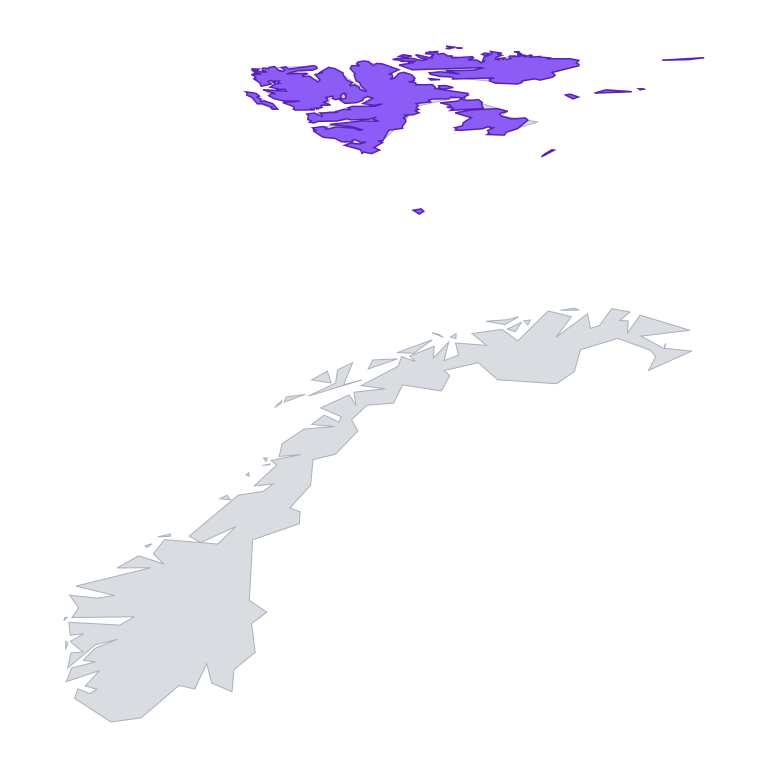 Svalbard on a map of Norway (Robinson projection)
{"feature_id": "NOR-901", "entity_name": "Svalbard", "entity_type": "Territory", "adm_level": 1, "iso_a3": "NOR", "parent_name": "Norway", "parent_adm1": "", "projection": "robinson", "projection_center": [18.37, 77.559], "detail": "fine", "context": "in_parent", "style": "filled", "palette": "violet", "viewbox_px": 768, "rotation_deg": 0, "n_neighbors": 0, "source": "natural_earth", "source_scale": "10m", "svg_char_len": 9406}
<svg xmlns="http://www.w3.org/2000/svg" viewBox="0 0 768 768"><path d="M478.3,362.7L444.4,370.5L449.8,375.8L441.3,391.0L402.6,384.9L393.6,403.1L367.1,405.2L351.5,419.7L357.8,431.1L335.5,454.2L313.0,459.6L310.6,485.2L289.9,508.0L300.1,511.8L299.3,523.7L252.6,539.8L249.3,600.3L266.8,612.2L251.6,623.5L255.2,652.4L234.0,669.5L232.0,691.8L211.7,683.1L206.7,663.7L194.7,689.0L179.0,685.5L141.1,717.9L110.9,721.9L74.6,698.4L77.9,688.9L89.9,693.6L97.0,689.3L85.2,686.0L99.6,670.5L66.2,681.7L71.9,667.8L95.6,661.9L83.4,660.4L94.9,648.3L117.3,639.3L95.5,644.7L67.9,667.9L70.8,653.0L83.1,651.9L70.2,641.5L83.9,633.6L70.3,635.3L68.9,622.3L119.6,625.1L134.5,616.8L71.9,617.5L78.6,607.9L69.7,595.2L96.5,598.2L114.5,595.5L75.9,586.1L150.7,567.7L117.1,568.0L138.7,555.8L163.9,564.0L153.3,553.8L164.6,539.6L217.8,544.1L235.8,526.6L200.6,542.5L189.1,536.2L238.2,495.2L263.0,491.4L273.1,484.0L254.2,485.9L276.8,465.0L271.1,460.5L301.1,454.5L279.2,456.5L282.0,443.9L303.8,429.1L334.6,426.6L311.7,424.4L324.3,415.1L338.9,422.1L341.3,416.7L320.7,407.9L349.2,394.9L356.1,405.6L353.8,392.2L385.2,388.8L361.1,385.6L398.0,366.3L401.6,356.6L415.4,361.5L409.7,356.0L434.2,346.3L433.3,358.1L448.7,342.0L444.1,360.6L458.5,355.1L455.6,343.0L486.5,345.4L472.0,333.5L502.1,329.4L517.8,340.8L548.1,311.0L571.4,316.6L556.1,337.2L587.6,313.8L590.5,328.4L599.5,325.5L611.7,308.6L629.9,312.0L619.6,320.6L628.1,320.9L627.5,333.1L640.1,315.2L690.0,330.3L641.2,336.1L663.2,348.2L691.6,351.1L648.5,370.5L655.7,356.6L650.7,350.4L617.8,338.4L580.4,349.8L574.4,371.4L556.4,383.7L497.7,379.8L478.3,362.7ZM362.3,61.4L393.5,67.8L390.2,78.7L404.7,72.9L410.3,82.0L464.9,95.9L419.9,105.5L369.3,153.2L314.3,128.6L374.4,118.2L316.6,121.6L308.6,114.8L379.9,104.5L365.3,102.2L372.1,97.9L330.0,96.4L328.6,104.5L298.2,109.2L263.6,90.3L284.4,90.2L276.6,81.2L260.9,85.5L251.9,68.9L311.7,66.1L316.1,68.8L288.7,73.9L316.2,80.0L334.1,68.6L363.5,89.6L353.7,70.2L362.3,61.4ZM430.8,52.3L481.4,61.4L494.9,52.4L501.0,53.4L497.4,58.5L522.4,54.9L578.5,64.9L515.6,83.8L439.1,76.0L430.0,73.3L451.9,69.1L411.2,68.8L401.9,64.3L413.7,61.7L395.2,59.4L423.3,60.0L420.0,55.4L431.3,57.6L430.8,52.3ZM469.5,99.7L507.4,111.6L500.9,115.8L537.8,122.0L495.5,134.7L487.7,133.7L492.7,127.4L456.7,129.9L471.1,117.6L441.7,102.8L469.5,99.7ZM343.6,384.7L362.0,379.9L308.4,396.1L335.6,383.0L337.6,369.8L352.6,362.7L343.6,384.7ZM372.7,360.0L397.4,358.9L368.2,369.0L372.7,360.0ZM397.1,352.6L432.4,339.8L413.6,353.3L397.1,352.6ZM247.3,91.6L271.7,104.0L277.2,109.4L257.5,103.2L247.3,91.6ZM327.3,371.1L331.2,383.0L311.6,380.0L327.3,371.1ZM518.6,316.6L505.1,324.6L486.1,321.2L508.0,319.7L518.6,316.6ZM521.3,322.4L515.5,331.7L507.4,329.1L521.3,322.4ZM286.1,397.0L305.2,394.4L284.2,402.1L286.1,397.0ZM702.7,58.2L662.3,60.2L704.0,57.8L702.7,58.2ZM607.6,89.9L631.6,91.5L595.4,92.9L607.6,89.9ZM560.5,310.3L574.5,308.2L579.2,310.1L560.5,310.3ZM530.4,320.0L527.8,325.0L523.8,320.7L530.4,320.0ZM456.1,333.6L455.9,338.7L450.5,336.9L456.1,333.6ZM421.6,209.1L419.8,214.0L413.3,210.1L421.6,209.1ZM578.2,97.0L567.1,96.4L565.9,94.7L578.2,97.0ZM226.9,495.2L230.5,499.7L219.9,498.7L226.9,495.2ZM432.1,332.6L439.2,334.5L443.3,337.4L432.1,332.6ZM402.6,54.8L407.2,57.2L400.1,56.3L402.6,54.8ZM170.0,536.3L157.8,536.8L170.7,534.1L170.0,536.3ZM152.0,543.8L147.1,547.6L145.2,545.7L152.0,543.8ZM281.1,403.3L274.5,407.5L281.8,400.5L281.1,403.3ZM67.8,643.3L65.8,649.5L65.7,641.4L67.8,643.3ZM266.1,461.4L263.5,457.9L267.3,458.1L266.1,461.4ZM665.9,343.2L664.7,347.5L664.2,346.7L665.9,343.2ZM269.3,464.7L262.4,465.5L270.8,463.9L269.3,464.7ZM248.7,472.7L249.2,476.1L246.0,475.0L248.7,472.7ZM67.1,617.1L63.8,620.9L64.8,617.8L67.1,617.1Z" fill="#d9dde1" stroke="#a8b0b8" stroke-width="1"/><path d="M448.7,98.8L432.2,99.0L428.6,100.1L430.6,101.9L416.1,103.5L418.2,105.5L416.0,108.0L418.7,109.4L415.3,110.8L419.0,112.8L413.1,114.8L404.9,115.0L406.8,116.1L403.3,118.0L405.5,119.3L405.9,121.5L402.3,126.6L402.7,128.3L388.8,130.2L382.8,140.8L377.8,140.6L382.5,142.6L374.0,147.5L379.6,150.1L371.6,153.6L363.7,152.1L361.9,153.4L360.7,149.8L344.6,145.3L350.4,143.3L360.0,143.9L366.0,142.1L360.4,142.3L355.7,139.8L352.2,140.2L352.7,141.7L341.5,141.8L335.3,138.5L323.2,137.3L313.7,131.2L313.5,130.1L315.4,130.1L312.6,127.9L323.5,126.5L326.7,127.9L325.6,129.0L329.0,128.9L335.9,127.0L352.5,128.0L360.0,130.4L361.8,129.7L352.4,126.7L329.8,124.4L362.5,120.9L378.7,121.3L371.9,118.8L376.4,117.2L369.7,119.1L351.3,119.9L346.7,118.7L337.1,121.1L318.4,121.3L313.8,123.0L309.4,122.2L311.2,120.8L307.7,119.5L308.4,115.7L306.8,114.0L314.4,113.0L321.8,116.5L322.2,115.0L320.0,113.0L336.3,112.4L335.5,111.9L344.2,109.2L349.8,109.8L350.5,109.3L347.8,107.9L352.0,106.4L375.1,106.2L382.4,104.0L373.4,105.3L362.9,103.5L373.0,98.3L367.6,96.4L363.7,98.2L362.7,100.5L356.3,102.7L344.9,103.4L340.0,99.9L345.6,98.2L346.3,96.3L344.9,94.6L346.1,94.1L344.1,92.9L340.3,95.9L341.5,97.9L335.8,99.7L332.2,98.4L333.2,97.3L332.6,96.1L325.0,97.5L327.0,98.1L327.8,100.8L323.6,102.2L330.5,105.1L321.4,105.2L320.6,105.9L322.1,107.3L317.0,109.1L317.5,107.9L314.8,108.0L314.3,109.5L310.3,108.4L312.5,109.9L295.3,110.1L293.3,109.0L294.2,107.7L293.0,106.3L282.7,102.6L299.7,101.1L284.2,101.1L273.7,98.6L268.7,95.7L271.7,93.6L274.8,93.7L274.1,93.1L263.0,89.7L286.4,91.3L284.9,89.1L277.7,89.7L276.0,89.3L278.6,89.0L270.2,87.1L275.9,83.7L279.6,83.3L278.1,82.6L279.4,81.0L273.8,81.1L275.3,82.6L274.0,83.0L270.9,80.4L269.0,80.8L268.1,81.5L271.3,84.0L261.2,86.3L259.8,82.7L254.1,79.1L255.6,78.8L254.5,78.1L255.5,76.5L251.3,74.6L261.4,74.0L255.0,73.1L258.2,71.7L267.0,72.2L262.3,70.2L262.8,68.1L268.6,68.6L268.7,67.5L274.7,66.6L278.8,70.6L283.7,71.3L284.9,69.9L281.4,67.5L285.9,66.8L288.6,69.2L313.8,65.6L316.7,66.8L317.1,68.4L312.4,70.2L298.0,70.6L286.6,73.9L306.5,73.3L307.3,73.9L302.7,75.1L302.5,76.4L309.6,76.2L317.7,81.9L320.2,79.9L315.0,74.6L323.0,72.6L320.3,72.2L328.5,67.4L334.6,68.5L343.1,73.0L343.0,74.8L346.9,80.2L352.3,82.6L349.9,85.0L350.4,86.0L354.4,84.7L359.1,87.2L359.7,89.2L365.3,91.3L366.4,90.8L360.6,85.3L359.8,82.8L356.1,80.8L354.1,74.9L355.4,74.0L350.2,68.6L351.7,65.7L360.0,65.9L356.5,63.9L357.8,62.1L363.3,61.0L368.4,61.5L373.5,65.7L376.4,63.4L382.4,63.9L398.8,69.7L388.7,74.4L391.8,74.4L392.5,75.9L392.3,77.7L389.9,79.2L394.4,78.3L398.9,73.4L403.7,72.3L411.2,74.6L414.3,77.3L415.0,78.6L413.5,79.5L414.3,80.6L408.6,82.1L413.6,82.2L415.7,83.1L415.6,84.8L432.5,84.6L435.5,87.4L434.9,88.6L468.0,93.4L467.3,94.5L468.2,95.0L464.4,97.0L464.9,98.0L450.9,97.1L448.7,98.8ZM578.8,60.4L576.4,63.1L579.0,64.4L578.8,65.8L552.1,72.4L555.2,75.3L552.6,77.2L540.0,80.1L534.7,78.9L522.2,80.8L521.8,82.6L517.7,84.0L495.1,83.1L489.4,80.8L489.5,79.3L494.2,77.9L452.9,79.0L453.6,78.2L451.1,76.8L440.5,76.5L430.3,74.3L429.2,72.8L440.6,71.9L459.4,73.9L445.9,70.8L473.1,70.2L482.8,68.1L481.6,67.6L412.3,69.8L399.0,65.0L409.1,63.6L410.3,63.0L407.8,63.0L410.0,62.2L412.4,63.1L415.2,61.2L401.5,61.4L399.9,60.7L404.0,60.7L392.6,59.5L397.6,58.3L412.0,58.5L410.6,58.0L421.9,60.6L428.0,59.2L420.9,58.2L416.1,55.1L417.1,54.8L429.7,57.8L433.3,57.7L430.6,57.2L433.3,55.1L431.6,55.0L434.4,54.3L425.7,53.7L426.3,52.4L429.7,53.1L429.3,51.7L436.8,52.5L438.2,54.4L443.7,53.4L447.7,56.0L452.6,55.9L450.9,56.7L452.9,57.9L472.4,56.7L473.5,57.9L467.7,59.8L476.9,60.1L481.3,62.9L482.9,61.5L485.1,62.1L482.5,61.0L484.8,61.0L482.9,60.1L484.2,56.9L486.7,56.1L481.9,54.3L484.2,53.1L488.6,53.4L487.3,54.8L490.1,55.4L489.0,54.8L491.6,53.7L490.4,51.4L501.9,53.2L497.2,54.1L501.9,55.3L496.2,57.2L495.3,59.0L497.7,59.9L499.8,59.8L496.9,58.8L501.2,58.3L503.1,59.4L503.0,58.1L504.4,57.9L506.4,59.6L511.0,58.5L509.1,56.9L510.0,55.9L515.0,56.7L512.6,55.9L518.4,56.6L522.5,55.6L517.5,55.0L519.6,54.5L526.4,55.7L523.9,56.2L524.9,57.0L530.8,54.9L532.0,55.6L530.0,57.2L541.3,56.4L538.8,57.0L549.8,57.9L548.4,58.8L570.1,58.7L578.8,60.4ZM527.9,120.1L517.6,128.6L506.7,132.1L504.4,135.1L487.2,134.5L489.3,133.2L487.5,130.6L494.6,127.3L490.6,128.4L491.1,127.5L487.8,126.7L482.6,128.7L460.1,130.4L455.4,130.0L456.7,128.8L454.7,127.7L462.5,125.9L463.3,122.6L471.3,117.7L455.1,112.9L471.7,109.9L497.4,108.7L507.8,111.3L500.5,113.2L499.6,114.5L501.0,115.9L511.5,119.0L525.3,117.9L527.9,120.1ZM483.3,108.4L450.4,110.4L453.3,108.2L446.7,107.2L450.8,106.3L450.5,105.1L440.2,102.9L457.7,101.1L460.8,99.0L467.3,100.5L478.7,99.7L482.3,102.6L481.5,103.9L483.3,108.4ZM277.7,109.2L272.6,109.3L271.1,108.2L271.9,107.4L262.0,103.6L257.5,103.9L251.7,97.3L246.7,95.1L247.3,93.1L245.8,91.9L256.0,93.4L259.4,96.1L256.9,97.1L260.9,99.3L260.5,101.5L264.3,101.0L272.7,103.6L277.7,109.2ZM662.2,60.2L704.2,57.7L688.7,59.6L662.2,60.2ZM605.7,89.9L631.8,91.7L594.5,93.1L605.7,89.9ZM438.7,85.7L446.1,85.6L453.4,87.5L444.0,89.1L437.7,87.9L439.5,87.4L438.7,85.7ZM421.1,208.9L423.8,211.3L419.3,214.1L413.2,210.3L421.1,208.9ZM578.4,97.0L572.9,98.9L565.6,95.0L570.0,94.1L578.4,97.0ZM406.5,57.4L399.2,56.3L403.1,54.7L411.7,56.0L406.5,57.4ZM429.2,78.6L440.2,79.6L430.7,80.0L429.2,78.6ZM552.0,149.7L554.2,150.1L541.5,156.8L544.4,154.2L552.0,149.7ZM252.4,69.8L259.5,71.3L254.4,71.7L252.9,70.8L255.1,70.6L252.4,69.8ZM452.0,48.0L446.0,46.1L455.5,47.3L452.0,48.0ZM458.9,48.4L455.9,47.7L462.6,48.0L458.9,48.4ZM257.8,69.6L251.2,68.8L258.4,69.3L257.8,69.6ZM517.7,53.0L519.1,52.8L521.9,54.1L517.8,54.3L517.7,53.0ZM435.8,52.0L433.1,51.7L438.6,51.5L435.8,52.0ZM520.0,52.1L518.6,52.5L513.8,51.9L517.7,51.6L520.0,52.1ZM638.7,88.8L643.5,88.8L644.1,89.1L640.2,89.8L638.7,88.8ZM451.4,48.4L449.0,48.8L445.6,48.4L451.4,48.4Z" fill="#8b5cf6" stroke="#5b21b6" stroke-width="1.5"/></svg>